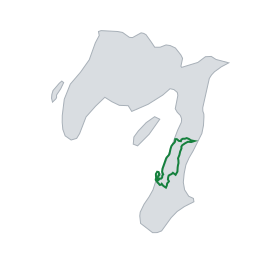 Nippes highlighted on a map of Haiti, rotated 284°
{"feature_id": "HTI-1360", "entity_name": "Nippes", "entity_type": "Department", "adm_level": 1, "iso_a3": "HTI", "parent_name": "Haiti", "parent_adm1": "", "projection": "natural_earth1", "projection_center": [-73.453, 18.404], "detail": "fine", "context": "in_parent", "style": "outline", "palette": "green", "viewbox_px": 256, "rotation_deg": 284, "n_neighbors": 0, "source": "natural_earth", "source_scale": "10m", "svg_char_len": 2526}
<svg xmlns="http://www.w3.org/2000/svg" viewBox="0 0 256 256"><g transform="rotate(284 128 128)"><path d="M214.5,76.0L216.0,78.4L219.1,94.5L219.4,99.6L216.3,107.4L216.8,110.5L223.5,117.7L223.6,120.3L222.9,122.9L217.1,129.7L212.8,134.4L214.2,139.7L217.8,144.8L218.2,149.0L217.1,154.6L211.7,161.6L208.8,164.1L200.7,164.4L199.8,165.4L203.9,172.2L208.5,179.9L215.9,185.9L217.6,191.5L215.8,196.8L215.6,210.0L209.8,203.6L203.5,198.3L199.7,196.2L195.8,194.9L165.8,195.6L162.5,196.5L159.9,198.2L157.1,199.0L148.8,200.6L140.6,201.0L121.4,196.7L113.9,194.5L106.2,193.1L97.5,193.5L88.7,194.8L81.7,197.9L76.5,203.4L75.5,208.5L72.4,209.8L65.4,201.7L58.9,195.9L51.5,191.6L36.3,185.5L33.6,181.7L32.4,177.2L38.5,163.3L45.5,160.7L49.3,160.2L57.9,162.0L66.3,165.1L74.0,167.2L85.8,168.0L92.3,171.4L137.8,176.7L146.5,178.4L149.9,177.8L152.8,175.8L155.2,172.0L158.1,169.2L171.6,168.5L174.4,167.3L176.4,163.3L176.3,159.3L168.4,153.8L155.9,141.8L145.0,127.6L149.7,122.8L147.9,114.1L149.6,106.0L152.2,98.1L141.4,91.3L128.6,84.6L110.9,82.4L105.5,80.7L102.6,75.7L105.2,68.9L110.9,65.1L117.5,62.8L124.2,61.2L140.5,59.2L156.6,61.4L170.6,68.4L184.8,73.9L202.7,75.7L210.8,77.7L214.5,76.0ZM145.4,151.1L144.2,156.7L127.0,150.0L113.0,141.6L113.6,137.0L120.7,135.9L127.6,138.7L137.7,144.4L145.4,151.1ZM154.8,50.5L157.5,52.4L156.5,54.6L149.7,53.2L142.7,50.7L140.4,51.3L138.9,51.0L134.8,48.5L138.4,46.6L142.2,46.0L146.2,46.2L154.8,50.5Z" fill="#d9dde1" stroke="#a8b0b8" stroke-width="1"/><path d="M82.3,169.7L83.0,169.2L83.3,168.8L84.2,167.6L84.6,167.4L85.2,167.3L85.7,167.4L86.3,167.4L89.3,166.4L90.2,166.2L92.6,166.9L92.7,168.3L91.3,169.3L89.5,169.0L89.5,169.5L88.0,168.9L86.7,168.7L85.4,168.9L84.0,169.5L84.4,169.8L85.5,170.5L86.6,170.8L86.7,171.3L86.7,171.9L87.0,172.5L88.2,173.1L90.3,172.8L91.4,173.4L93.8,171.7L96.7,171.3L107.3,172.3L108.7,172.6L111.4,174.1L112.9,174.5L118.3,174.3L121.0,174.5L123.3,175.5L124.6,176.3L125.6,176.8L126.8,176.9L128.5,176.5L128.9,177.4L128.9,178.4L127.8,180.4L128.0,182.5L129.7,182.6L130.9,183.9L131.4,185.9L132.4,187.4L132.1,189.7L131.3,192.0L131.3,193.7L131.4,195.5L129.7,192.8L129.1,189.4L127.0,187.1L124.4,184.8L122.8,184.3L121.2,184.8L119.5,184.6L117.8,184.3L114.2,184.4L110.7,183.9L108.6,184.8L106.1,185.5L104.0,185.5L101.9,185.7L97.6,186.5L94.1,185.5L94.8,183.8L95.4,182.4L93.9,181.5L92.9,180.2L91.7,179.0L89.9,178.9L87.7,179.2L86.2,180.6L85.1,180.2L83.7,179.4L81.5,179.6L79.3,179.2L80.5,176.1L82.0,174.2L80.9,173.7L80.5,172.5L81.7,171.0L82.3,169.7L82.3,169.7Z" fill="none" stroke="#15803d" stroke-width="2"/></g></svg>